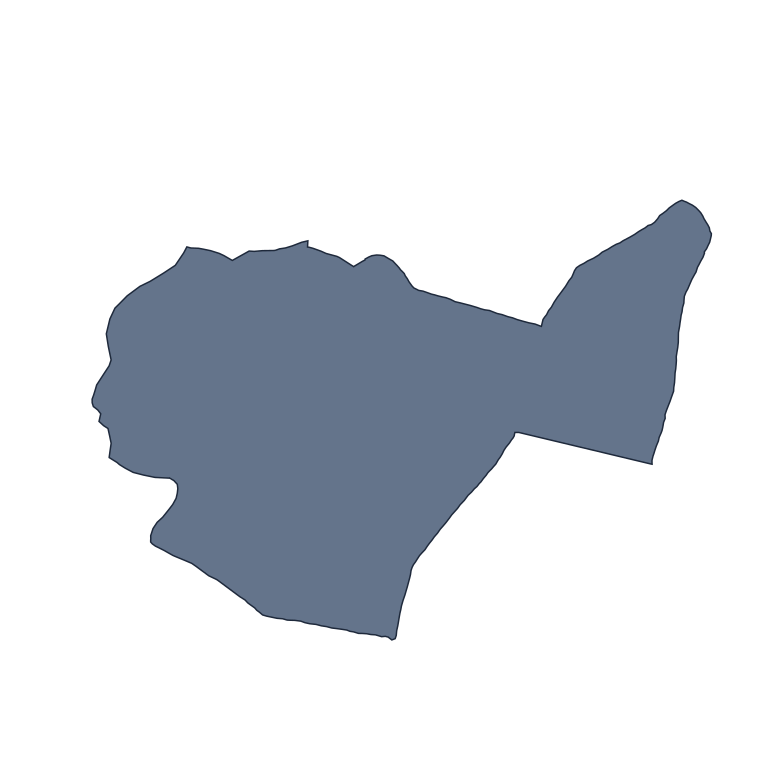 Guinguineo, Kaolack, Senegal (Albers equal-area conic projection), rotated 15°
{"feature_id": "50182788B97054679922117", "entity_name": "Guinguineo", "entity_type": "district", "adm_level": 2, "iso_a3": "SEN", "parent_name": "Senegal", "parent_adm1": "Kaolack", "projection": "albers", "projection_center": [-15.881, 14.303], "detail": "fine", "context": "isolated", "style": "filled", "palette": "slate", "viewbox_px": 768, "rotation_deg": 15, "n_neighbors": 0, "source": "geoboundaries", "source_scale": "gbopen_adm2", "svg_char_len": 4802}
<svg xmlns="http://www.w3.org/2000/svg" viewBox="0 0 768 768"><g transform="rotate(15 384 384)"><path d="M663.7,392.1L663.0,389.8L662.6,388.2L662.5,384.0L662.7,381.4L662.8,378.1L663.1,373.4L663.8,368.1L663.6,364.4L664.0,361.8L664.4,359.2L664.6,356.8L664.5,354.3L664.3,351.7L664.0,348.6L664.5,344.5L663.4,341.0L663.5,338.9L663.7,336.2L664.3,330.7L664.8,326.5L665.0,323.3L665.3,319.6L665.6,316.0L664.8,312.3L664.3,307.6L663.4,303.1L662.3,298.0L661.9,294.0L661.1,289.4L660.4,285.8L659.2,281.9L658.7,277.2L658.3,272.9L657.5,267.6L656.3,262.9L655.1,258.1L654.6,251.9L654.1,248.2L653.7,244.4L653.2,240.7L653.2,237.2L652.6,232.9L652.7,228.2L652.1,225.5L651.4,221.5L651.9,217.1L652.8,213.6L653.6,207.9L654.3,203.3L655.7,197.6L656.4,195.2L656.6,190.1L657.3,187.3L658.2,183.1L659.3,179.0L659.7,174.7L659.2,173.6L660.6,169.8L661.1,166.7L661.9,162.7L661.7,156.0L661.3,154.0L659.2,151.9L657.8,148.9L655.5,146.4L653.0,144.1L650.2,141.4L648.5,139.3L645.5,136.5L643.0,134.9L639.4,132.8L635.5,131.4L632.0,130.7L629.1,130.0L626.8,129.8L624.2,129.4L621.6,131.4L618.9,134.0L616.5,136.9L613.9,140.1L612.0,143.4L609.4,146.8L606.7,149.9L605.6,153.5L603.5,157.8L601.0,160.8L598.0,162.6L597.4,163.5L595.6,165.8L593.4,167.9L590.4,171.0L587.4,174.6L583.4,178.6L577.8,183.8L575.3,186.7L572.2,188.9L568.8,192.2L565.3,196.0L560.6,200.2L558.1,203.8L553.8,208.3L548.8,212.5L546.0,215.6L542.4,218.8L539.8,221.9L538.7,225.2L538.2,229.2L537.7,232.3L535.9,236.4L534.1,242.6L531.2,250.0L529.1,255.2L527.2,260.8L525.8,266.5L524.0,270.5L523.1,275.0L521.8,277.9L520.9,280.5L521.1,287.6L520.4,287.6L514.4,287.0L508.1,287.4L501.7,287.4L495.9,287.3L491.1,286.8L486.2,286.9L480.1,286.4L475.0,286.6L466.8,285.7L462.0,286.3L457.8,286.3L454.0,286.0L447.2,285.8L436.8,285.9L431.4,286.1L426.0,285.0L421.4,284.6L418.2,284.8L413.1,284.9L410.0,284.8L406.6,284.9L401.8,284.5L397.7,284.2L393.2,284.6L391.5,284.2L388.0,283.5L385.6,282.0L381.8,278.9L379.2,276.2L376.5,274.0L375.0,272.1L372.4,270.5L370.4,269.4L368.6,267.9L366.6,266.6L366.2,266.3L363.7,264.8L360.7,262.9L356.1,261.7L350.8,260.2L346.9,260.6L343.5,261.3L339.1,263.2L336.4,265.3L333.4,268.2L333.5,269.2L331.5,271.0L325.7,277.0L324.7,278.0L324.4,278.5L323.1,278.1L322.8,278.0L322.4,277.9L308.3,273.4L305.4,272.9L300.7,272.9L294.3,272.9L288.7,272.0L280.2,271.3L276.3,271.3L274.7,271.5L273.4,265.4L267.8,268.4L259.7,274.3L253.6,278.1L248.1,280.5L244.8,282.8L243.3,283.5L232.0,286.7L224.3,289.5L219.3,290.5L205.5,303.9L196.1,301.4L191.1,300.5L182.0,300.1L174.8,300.5L169.8,300.9L162.3,302.6L158.1,302.6L156.6,309.2L151.7,323.4L142.3,334.0L131.5,345.4L123.0,352.8L113.1,365.3L107.5,375.2L104.5,380.3L102.4,392.1L102.8,407.4L108.0,419.1L108.6,420.3L114.2,431.4L113.8,437.6L110.3,448.2L106.7,459.3L106.6,464.7L106.4,469.8L106.0,474.2L107.0,477.7L109.1,481.0L111.6,482.0L114.3,483.2L118.1,486.1L118.1,486.3L118.3,491.2L118.4,493.5L118.4,493.9L123.9,496.8L128.9,498.4L132.6,505.5L135.8,511.9L136.7,519.5L137.3,524.3L137.4,525.2L137.6,526.2L146.5,528.9L149.3,530.3L155.9,532.3L164.6,534.3L175.2,534.2L187.0,533.5L200.9,530.5L201.0,530.3L206.1,531.7L210.3,534.4L211.9,538.4L212.6,543.0L212.8,548.2L211.1,555.1L209.9,558.0L208.7,560.9L204.7,570.0L200.7,576.3L198.9,581.6L198.3,583.5L197.9,590.9L198.5,592.9L198.8,593.9L199.0,595.1L199.5,597.0L201.6,598.4L205.3,599.8L206.0,599.9L214.3,601.6L215.6,601.9L215.8,602.0L224.4,604.2L227.0,604.6L236.9,605.9L244.0,606.9L244.7,607.0L249.7,608.8L256.5,611.5L264.4,614.6L271.5,615.9L272.0,616.0L273.7,616.4L299.9,626.8L305.7,628.6L309.1,630.7L312.7,632.1L317.0,633.7L319.7,635.5L322.8,636.7L326.5,638.5L330.8,638.6L336.1,638.3L341.4,638.0L346.9,637.0L351.5,637.1L352.0,637.0L354.4,636.5L359.0,635.4L365.0,634.6L369.3,635.0L374.3,634.8L380.6,633.8L386.1,633.8L391.3,633.2L396.7,633.2L401.6,632.5L406.3,631.9L411.7,631.3L415.2,631.7L418.7,631.3L423.9,631.5L427.5,630.6L432.0,629.7L436.2,629.4L440.6,628.5L444.6,628.6L447.1,628.7L450.6,627.4L453.6,627.4L454.7,627.9L457.8,629.2L460.7,627.1L460.9,623.7L460.1,619.0L459.9,614.1L459.6,610.8L459.1,605.7L458.7,601.2L458.6,597.5L458.3,593.9L458.4,588.2L458.8,582.5L458.9,578.0L459.0,573.7L459.0,568.6L459.0,564.9L458.9,561.2L458.4,557.2L458.6,553.9L459.2,550.9L460.5,547.6L461.4,544.6L462.7,540.6L464.2,537.6L466.5,533.4L467.7,529.7L469.1,526.1L470.8,522.3L472.1,518.7L474.3,514.2L475.9,509.7L477.9,505.7L479.9,501.4L481.8,496.8L483.3,492.8L485.2,489.1L487.2,485.2L488.8,480.9L491.4,476.2L491.7,475.7L492.2,474.4L494.0,469.8L496.5,465.8L498.4,461.8L500.3,459.0L501.8,455.4L502.9,453.6L504.5,449.5L506.3,445.7L507.3,442.8L508.6,440.4L509.9,438.2L511.1,435.6L512.7,432.5L514.0,427.6L515.2,424.6L516.3,420.8L517.0,417.1L518.2,413.5L520.5,408.4L521.6,405.0L522.6,402.8L523.2,400.4L523.0,398.6L523.0,396.9L523.5,396.8L524.1,396.6L526.7,395.9L662.2,392.2L663.7,392.1Z" fill="#64748b" stroke="#1e293b" stroke-width="1.5"/></g></svg>